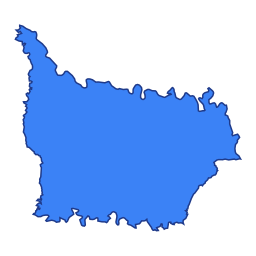 the district of Bom Jesus, Rio Grande do Sul, Brazil
{"feature_id": "56859067B89984831429306", "entity_name": "Bom Jesus", "entity_type": "district", "adm_level": 2, "iso_a3": "BRA", "parent_name": "Brazil", "parent_adm1": "Rio Grande do Sul", "projection": "mercator", "projection_center": [-50.435, -28.545], "detail": "fine", "context": "isolated", "style": "filled", "palette": "blue", "viewbox_px": 256, "rotation_deg": 0, "n_neighbors": 0, "source": "geoboundaries", "source_scale": "gbopen_adm2", "svg_char_len": 5690}
<svg xmlns="http://www.w3.org/2000/svg" viewBox="0 0 256 256"><path d="M19.7,25.3L19.7,26.8L20.5,27.9L18.4,30.0L16.2,30.1L18.5,32.5L20.3,31.5L21.6,33.4L17.4,34.8L18.0,35.6L17.9,36.6L16.1,37.8L15.4,39.3L19.0,41.0L22.2,41.5L22.4,44.5L24.5,43.2L25.5,43.6L25.1,44.7L23.4,45.8L24.1,47.7L23.2,50.9L24.2,52.6L25.2,53.3L27.2,53.4L28.2,52.8L29.3,53.0L29.8,54.2L29.1,55.7L28.0,56.4L28.6,58.5L30.2,59.7L30.4,60.8L31.5,63.7L32.3,64.9L32.6,66.9L32.4,68.9L31.5,69.8L30.1,70.4L28.3,74.1L29.0,75.9L30.0,76.5L29.0,77.9L29.4,81.0L30.7,80.9L32.0,81.7L31.6,82.8L29.8,83.3L29.4,86.3L30.4,87.7L31.7,87.8L31.5,89.3L29.9,88.9L29.2,89.8L30.1,91.4L28.7,93.8L27.6,93.0L26.2,94.0L26.7,95.7L28.1,97.2L28.7,99.4L26.8,101.7L23.5,101.8L23.9,102.9L26.7,104.6L25.6,106.3L26.4,106.8L27.1,108.0L25.5,110.4L26.9,112.0L25.3,114.2L24.1,114.8L23.4,115.8L24.5,116.9L24.1,118.4L23.2,119.6L23.9,123.0L23.3,123.8L24.3,126.9L23.4,132.0L24.5,133.9L26.0,137.7L25.8,140.1L26.0,141.3L26.5,142.1L26.1,143.3L27.0,145.7L27.1,146.9L29.3,147.5L32.7,150.8L34.2,151.8L34.2,152.9L35.8,154.6L37.7,154.5L38.8,155.6L40.2,156.0L40.4,157.2L41.2,157.8L41.6,160.9L42.8,163.0L40.3,164.7L40.7,166.3L41.4,167.5L40.8,176.8L39.7,179.2L39.9,181.0L39.4,183.1L40.4,184.2L41.6,187.3L41.6,188.5L42.0,189.5L41.8,190.8L42.3,192.5L42.0,193.8L42.8,194.8L41.0,195.7L40.5,197.8L41.6,199.1L41.1,200.2L39.6,199.2L38.1,199.2L36.9,200.6L38.4,200.8L40.9,202.1L41.2,203.7L40.2,203.0L38.9,203.1L37.4,204.2L36.4,205.5L38.7,206.3L37.7,207.8L39.9,208.3L39.5,209.3L38.2,208.9L36.8,209.3L36.7,210.3L35.7,210.9L35.7,212.1L35.2,213.1L33.7,213.6L33.2,214.3L35.2,214.9L38.0,216.7L40.8,216.6L42.9,215.5L45.7,215.1L47.5,215.1L48.5,215.6L48.9,216.5L45.8,220.6L46.7,221.3L51.7,220.2L54.5,220.9L56.4,222.2L59.4,221.7L60.0,220.9L59.9,217.7L65.1,220.1L65.4,221.4L66.2,222.2L67.4,221.3L68.9,217.9L69.6,217.1L73.7,214.2L73.4,212.7L71.8,209.8L71.7,208.6L72.9,208.4L78.2,209.7L78.7,210.6L78.3,211.6L75.9,212.9L76.7,214.4L78.1,215.3L81.6,216.0L82.5,216.8L82.2,217.8L79.8,219.8L81.6,225.1L82.6,225.8L84.4,226.1L85.3,225.1L84.9,220.3L85.1,219.2L88.0,215.9L89.1,216.5L90.0,219.3L92.8,219.5L94.2,219.2L96.6,217.8L97.7,218.0L98.0,219.1L97.9,221.0L101.8,221.8L105.1,221.9L106.6,222.6L107.7,221.6L108.4,220.0L110.4,218.3L109.3,216.9L107.9,216.0L109.1,214.8L110.4,214.3L111.9,212.4L112.8,211.9L113.8,211.7L115.9,212.8L116.9,215.4L116.9,217.1L116.0,221.6L116.1,222.8L116.6,223.8L117.7,224.9L118.6,224.7L118.9,223.3L118.6,220.8L120.0,218.8L123.1,217.6L124.6,218.1L126.8,220.3L127.7,220.6L128.0,221.9L127.5,223.7L128.6,224.6L130.7,225.1L135.2,228.0L136.1,228.0L135.5,224.5L139.3,223.8L140.0,223.2L141.6,220.9L144.0,220.9L145.3,220.6L146.8,219.3L147.2,221.4L151.4,227.4L152.1,229.1L153.1,230.3L154.1,230.2L154.9,229.7L156.4,230.7L158.3,230.5L156.6,227.7L160.1,226.4L161.2,223.9L162.0,224.0L162.3,225.1L161.9,226.6L162.4,227.4L163.4,227.8L164.2,229.2L165.7,228.4L167.6,228.2L168.6,222.5L169.7,222.1L170.9,222.3L170.8,223.3L172.9,224.4L174.2,224.5L173.9,223.4L176.4,222.3L177.4,222.4L178.2,223.0L181.0,222.8L182.4,223.2L183.6,224.0L183.0,222.1L183.3,220.2L185.8,218.4L187.7,214.3L186.6,214.1L187.2,212.4L185.6,210.7L187.1,210.5L186.7,209.3L187.8,208.8L188.3,205.8L189.0,204.8L191.4,198.4L193.6,194.0L194.6,193.3L198.5,188.1L198.6,186.5L199.2,185.6L201.3,185.0L202.5,185.8L203.3,184.4L205.2,183.0L205.3,181.9L207.7,179.7L208.5,177.9L209.5,178.0L211.1,177.5L211.8,176.3L213.8,175.2L215.3,174.9L216.2,173.7L216.8,171.5L217.7,170.5L216.9,169.9L217.3,168.8L216.8,167.5L216.0,166.9L215.9,165.9L214.6,165.3L214.7,164.2L213.9,162.4L216.8,160.1L218.6,159.6L222.6,159.7L225.1,159.1L228.7,159.9L234.3,159.1L235.9,159.7L239.5,158.8L240.6,159.0L238.9,155.9L236.0,153.6L235.3,151.9L234.9,148.5L235.5,144.5L237.1,142.7L237.5,141.3L237.3,140.3L239.6,137.4L238.8,135.8L237.6,134.2L232.6,135.7L232.0,134.7L232.7,132.7L229.7,124.0L229.7,120.5L228.2,117.8L227.8,116.1L226.5,115.3L225.3,115.0L225.3,113.1L226.0,112.2L227.1,108.9L226.4,105.2L225.0,105.3L222.4,103.0L221.2,102.8L219.9,103.7L217.6,107.0L216.6,107.2L215.5,103.9L214.5,102.9L213.1,103.0L210.6,103.9L209.6,103.8L209.0,102.6L208.9,99.7L210.9,98.1L212.8,95.8L213.6,93.0L213.3,91.9L212.5,90.8L209.0,87.8L207.9,88.6L208.8,90.3L208.4,91.7L205.0,92.7L203.5,93.8L202.8,95.0L202.8,97.5L202.1,98.6L200.0,97.8L199.1,98.0L198.6,98.9L200.0,101.0L202.9,104.0L203.6,105.3L204.3,108.8L205.0,110.1L204.1,110.8L203.0,110.7L199.6,111.4L198.4,110.8L198.1,104.7L197.4,102.4L195.4,98.6L193.9,96.3L192.7,95.8L190.3,96.1L187.1,93.3L186.1,92.8L185.2,93.1L184.2,95.6L181.5,98.8L180.6,99.4L179.5,99.4L176.4,97.8L175.7,96.8L174.9,93.1L174.2,91.7L174.0,89.4L173.5,88.5L172.7,87.6L171.7,88.1L170.4,89.8L168.1,91.7L167.4,93.1L168.5,93.6L170.6,93.6L171.1,94.4L169.0,95.0L165.0,97.3L164.1,97.3L159.0,95.5L157.8,94.4L156.2,91.5L155.4,90.9L152.1,90.7L149.0,89.4L147.5,89.5L144.7,91.0L144.1,92.3L144.9,94.6L145.2,97.1L144.9,98.2L144.1,99.0L143.1,99.5L142.0,99.2L140.6,97.6L140.6,95.0L141.9,89.8L141.5,87.5L139.5,85.2L137.6,84.5L135.8,85.0L135.0,86.0L133.4,88.6L133.1,89.9L133.1,92.7L132.3,93.7L131.3,93.8L129.5,93.0L128.7,91.9L127.8,89.4L126.5,89.2L123.3,89.5L119.3,88.6L118.1,89.3L115.9,88.8L111.6,85.7L109.4,82.0L108.4,81.5L104.8,82.8L98.5,82.0L95.8,82.1L92.5,79.8L90.0,79.0L87.9,78.9L86.4,79.6L86.2,80.8L87.0,84.2L86.9,86.9L85.9,87.7L84.3,87.9L83.3,87.6L82.1,87.0L80.7,85.0L76.4,82.8L75.1,81.1L74.6,78.9L72.3,75.6L67.5,71.4L65.8,71.3L64.8,71.9L63.8,73.7L62.7,74.7L61.4,75.4L57.9,75.2L57.2,74.4L55.4,70.8L55.4,69.4L56.5,67.3L56.7,65.8L49.6,58.1L46.5,57.0L45.7,56.2L45.8,54.9L47.5,52.4L47.3,51.1L45.8,47.8L42.3,43.8L36.7,39.5L36.2,38.4L36.7,35.6L36.7,34.6L36.4,33.2L35.8,32.0L34.7,31.6L33.6,31.9L31.6,31.6L30.1,30.3L26.2,28.6L22.8,26.2L19.7,25.3Z" fill="#3b82f6" stroke="#1e3a8a" stroke-width="1.5"/></svg>